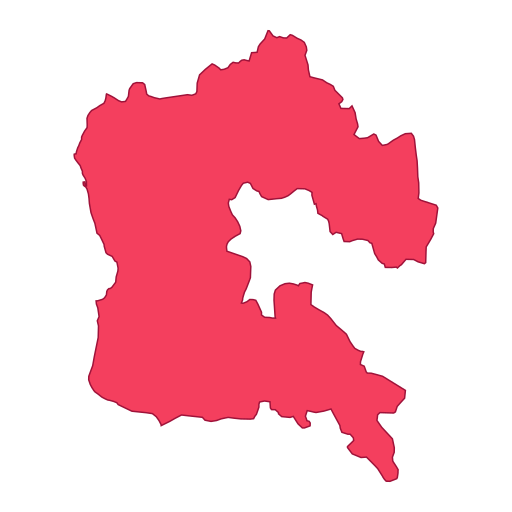 Minuf, Al Minufiyah, Egypt (Robinson projection)
{"feature_id": "37247803B35886288843325", "entity_name": "Minuf", "entity_type": "district", "adm_level": 2, "iso_a3": "EGY", "parent_name": "Egypt", "parent_adm1": "Al Minufiyah", "projection": "robinson", "projection_center": [30.914, 30.46], "detail": "fine", "context": "isolated", "style": "filled", "palette": "rose", "viewbox_px": 512, "rotation_deg": 0, "n_neighbors": 0, "source": "geoboundaries", "source_scale": "gbopen_adm2", "svg_char_len": 5956}
<svg xmlns="http://www.w3.org/2000/svg" viewBox="0 0 512 512"><path d="M363.8,351.8L362.4,351.4L360.8,351.4L358.0,350.2L355.9,349.0L354.8,348.4L352.7,345.6L350.0,341.6L346.4,334.2L341.0,329.5L336.2,325.5L330.8,318.6L327.6,315.1L324.4,312.8L319.0,309.8L314.1,306.9L310.9,304.6L311.2,292.2L311.9,288.3L312.6,284.9L308.2,283.2L304.9,282.5L302.7,283.0L299.9,283.5L298.3,285.8L297.1,285.1L293.3,283.9L289.4,283.2L285.0,283.7L280.0,285.8L275.4,290.1L274.2,294.0L274.0,300.2L275.1,316.5L275.5,318.1L272.4,318.1L269.7,317.5L264.7,317.3L261.5,315.0L261.5,312.2L257.9,304.2L255.8,300.3L253.1,299.6L249.8,299.5L247.0,301.7L243.1,303.3L241.4,303.0L242.6,299.9L242.7,298.2L243.3,296.0L244.5,292.1L246.2,288.8L249.2,281.0L250.4,277.7L250.8,266.5L249.8,261.9L246.6,258.5L242.8,256.7L229.2,252.0L226.9,251.2L226.5,247.8L226.5,246.1L227.1,243.9L228.3,241.7L231.1,239.0L235.1,236.3L240.1,233.6L240.8,230.8L239.8,226.3L237.7,221.8L235.1,217.8L232.4,214.9L230.8,211.5L228.8,206.4L228.3,203.0L229.3,199.3L231.7,199.7L235.1,197.6L238.6,190.4L241.5,185.4L243.3,183.2L247.7,182.2L250.4,183.4L253.0,188.5L256.8,190.9L259.0,191.5L260.0,193.8L261.6,196.6L268.2,199.6L276.5,198.7L281.4,198.3L284.8,197.2L288.1,195.7L290.4,194.0L294.3,190.8L297.2,188.6L304.9,188.8L309.2,190.6L312.0,192.4L311.9,195.2L314.4,204.2L316.0,203.7L316.5,206.5L317.5,209.9L317.9,213.3L322.3,215.7L322.8,216.2L327.7,219.2L328.7,221.5L329.2,223.7L330.1,231.6L332.8,234.5L333.5,234.0L336.1,232.3L341.6,233.6L343.1,238.7L344.1,241.5L349.7,241.7L352.4,240.6L357.5,239.1L362.4,239.2L367.9,240.5L370.0,242.8L371.8,243.3L374.7,253.6L376.8,257.0L378.3,259.9L382.1,263.3L384.3,264.0L385.3,267.4L391.9,267.5L396.3,267.1L397.4,268.0L399.1,266.4L399.7,265.8L401.4,264.7L406.0,259.3L413.7,259.5L418.0,261.8L424.4,263.7L425.7,262.6L426.0,251.4L426.2,246.9L428.5,243.1L430.8,239.2L433.7,233.7L433.2,232.0L433.3,228.6L434.7,225.4L435.7,223.1L437.3,211.6L437.8,208.0L436.2,205.2L420.9,200.3L419.0,199.0L418.2,198.5L418.9,192.9L418.7,182.8L417.8,176.7L417.5,168.2L417.1,160.9L416.2,154.8L415.3,147.4L414.5,139.6L413.5,136.2L411.3,133.3L405.3,133.7L400.8,135.8L397.4,138.0L393.5,140.1L391.2,141.7L388.9,143.4L387.3,144.4L383.5,145.2L382.3,145.4L378.6,141.4L376.0,135.1L373.8,134.0L367.6,137.7L364.3,138.2L359.3,138.6L356.0,136.1L354.0,134.5L358.0,126.8L357.6,124.0L356.1,118.9L355.1,112.7L354.1,110.5L352.0,105.9L349.2,108.6L344.8,108.5L340.9,108.4L338.9,103.8L341.7,101.7L342.9,99.5L342.4,97.8L334.9,90.3L333.3,86.3L330.6,84.6L329.4,84.0L326.8,82.8L322.5,79.9L314.3,77.9L309.9,76.7L308.4,69.9L308.0,64.9L305.0,55.3L306.8,50.3L306.3,46.9L304.3,42.4L301.0,40.0L297.2,38.3L293.8,36.2L292.3,35.3L290.2,34.7L286.7,38.0L283.4,37.9L279.6,36.6L276.8,37.7L273.0,35.9L269.3,30.8L268.0,30.7L264.7,39.0L260.1,44.0L258.4,46.7L257.1,52.3L251.6,52.7L249.1,61.0L246.4,60.4L244.2,59.8L241.8,60.2L240.3,61.3L238.6,63.0L235.8,62.9L233.1,62.3L230.3,64.4L229.1,66.1L228.0,67.7L224.1,69.3L220.7,69.8L219.1,68.1L214.8,65.1L212.1,63.9L205.3,69.4L202.5,72.1L199.6,74.8L197.2,83.1L196.9,91.5L195.8,93.8L191.9,95.3L187.5,94.7L183.4,95.3L167.8,97.6L162.0,98.5L159.8,99.0L158.3,98.6L154.3,97.7L151.0,96.5L148.8,95.9L146.7,94.1L146.2,91.3L144.7,84.5L142.6,82.8L136.5,82.6L133.2,83.7L129.7,88.6L129.1,90.3L128.4,96.4L127.2,98.6L125.5,101.4L121.6,101.9L118.4,100.6L114.0,97.7L112.9,97.1L111.9,96.5L109.7,95.4L108.1,94.6L106.6,93.9L106.4,94.1L105.9,97.9L105.2,100.7L103.9,103.3L99.8,105.6L96.9,107.7L91.6,110.5L89.9,112.5L88.0,115.4L87.0,118.3L87.2,124.8L87.1,127.6L84.6,131.1L82.3,135.4L81.6,137.1L81.6,139.5L79.8,142.9L78.7,145.9L77.8,147.6L77.1,149.7L76.4,152.0L76.1,153.8L75.2,153.9L74.2,154.2L74.2,155.6L74.6,158.1L75.9,160.1L78.4,163.4L80.2,165.6L81.0,168.0L82.4,171.2L82.4,173.3L83.0,174.9L85.2,178.4L86.4,181.5L86.5,185.8L85.8,185.8L85.1,184.3L84.7,181.9L83.2,182.1L83.2,183.6L83.5,185.2L84.3,186.0L85.8,187.0L87.0,189.0L88.4,193.8L89.0,198.2L89.4,203.4L91.0,212.6L93.1,218.7L94.9,223.3L97.0,233.2L99.7,235.4L101.5,239.0L104.1,244.5L104.2,246.2L106.0,252.7L107.5,254.2L112.2,256.4L114.9,261.0L116.9,262.1L118.1,268.1L117.9,271.0L116.2,276.9L115.7,282.2L113.4,285.3L111.8,287.4L110.2,288.5L108.9,288.6L107.5,289.9L106.8,291.4L106.4,295.0L104.5,297.9L102.6,299.3L97.7,300.8L96.1,300.9L96.4,304.0L97.8,307.9L99.1,316.6L97.3,320.8L98.5,325.9L98.2,337.6L95.9,348.8L94.3,356.7L92.7,365.7L90.1,372.7L88.8,376.3L88.7,379.7L88.8,380.1L90.3,384.5L91.9,387.5L93.9,390.6L95.0,391.9L97.7,393.8L101.9,397.1L105.3,398.9L107.8,400.0L109.6,400.3L113.6,401.4L116.8,402.7L118.2,404.6L131.9,411.2L146.3,412.7L152.4,413.6L156.3,416.7L159.1,420.7L161.1,424.6L161.2,425.6L163.2,424.6L169.7,421.4L175.3,418.2L181.5,415.0L188.5,415.8L202.4,417.3L205.0,420.2L211.0,421.4L216.6,420.5L221.0,418.9L225.5,417.9L228.2,417.4L229.0,417.5L234.3,418.2L240.9,418.9L245.8,419.0L250.2,419.1L253.6,418.7L254.7,416.5L256.4,414.3L257.6,410.9L258.9,407.1L258.9,404.3L259.6,402.0L264.5,401.0L265.9,401.2L270.0,401.8L270.4,407.9L271.5,409.6L275.3,409.7L278.5,412.6L278.5,413.8L281.7,416.6L290.0,417.4L293.3,416.4L298.0,423.8L298.6,424.4L301.5,427.1L302.3,427.9L304.5,427.9L309.2,426.2L310.1,425.8L310.2,423.0L309.1,421.3L306.9,420.7L306.6,419.5L305.4,416.2L306.6,412.5L307.2,410.6L310.0,411.2L313.8,412.1L316.0,412.5L323.8,411.1L327.6,410.0L331.0,409.0L333.3,413.4L335.8,418.0L339.9,425.5L340.3,428.3L341.9,432.3L347.9,434.2L350.1,434.2L352.2,436.5L353.3,437.7L353.7,440.5L349.8,444.3L347.5,446.5L347.5,447.6L352.3,453.9L353.8,454.5L361.0,457.5L366.5,457.1L375.0,465.7L377.7,468.6L382.4,476.0L383.0,477.2L384.5,479.4L386.2,481.2L390.0,481.3L396.7,478.7L397.3,477.6L397.9,473.7L398.0,472.5L398.0,471.3L398.1,469.7L396.5,466.9L392.8,461.2L392.4,457.2L394.2,452.3L394.3,447.8L392.4,438.8L381.7,427.3L376.9,420.4L377.3,417.8L377.6,414.8L379.9,412.6L393.7,413.0L395.4,411.9L397.2,406.4L400.3,402.9L404.6,398.2L405.4,390.4L382.6,376.3L376.9,374.7L371.2,373.2L367.3,373.1L366.2,371.9L364.2,366.2L360.4,364.5L360.5,361.7L362.9,353.9L363.8,351.8Z" fill="#f43f5e" stroke="#9f1239" stroke-width="1.5"/></svg>